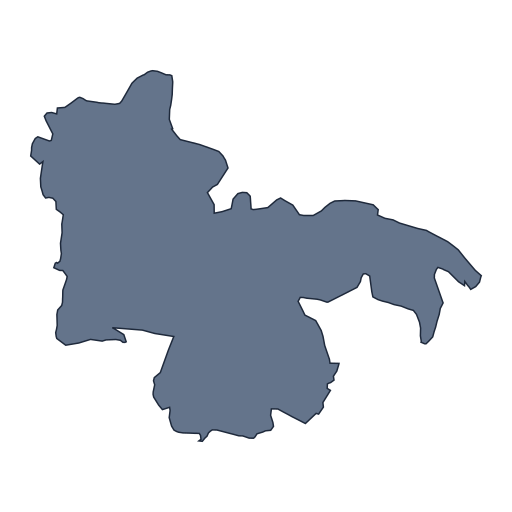 Birkat Al-Sab, Al Gharbiyah, Egypt (Albers equal-area conic projection)
{"feature_id": "37247803B30511282692114", "entity_name": "Birkat Al-Sab", "entity_type": "district", "adm_level": 2, "iso_a3": "EGY", "parent_name": "Egypt", "parent_adm1": "Al Gharbiyah", "projection": "albers", "projection_center": [31.097, 30.651], "detail": "fine", "context": "isolated", "style": "filled", "palette": "slate", "viewbox_px": 512, "rotation_deg": 0, "n_neighbors": 0, "source": "geoboundaries", "source_scale": "gbopen_adm2", "svg_char_len": 4272}
<svg xmlns="http://www.w3.org/2000/svg" viewBox="0 0 512 512"><path d="M373.2,204.8L355.6,200.9L345.3,200.5L344.3,200.5L343.2,200.6L334.7,201.0L330.1,203.3L325.4,207.0L324.7,207.6L321.4,210.9L317.3,213.2L313.2,215.5L303.7,215.5L299.4,214.7L292.8,205.1L285.1,200.8L284.3,200.3L280.6,198.0L276.7,199.9L267.8,207.6L258.4,209.0L256.3,209.3L253.2,209.6L251.1,208.9L250.8,204.3L250.6,201.8L250.4,198.5L250.2,196.2L249.2,195.1L246.8,192.7L244.1,192.5L242.3,192.4L237.9,193.6L233.1,199.1L232.1,204.3L231.2,208.7L222.6,211.5L221.4,211.8L214.2,213.2L214.1,204.6L207.4,192.6L210.9,188.9L212.5,187.1L217.4,184.4L228.0,168.0L225.9,161.5L225.5,160.2L224.0,157.8L223.0,156.0L218.8,151.5L213.3,149.4L199.5,144.5L180.2,139.6L176.8,135.8L171.6,129.1L172.7,128.7L169.3,119.4L169.7,109.4L170.7,105.4L171.6,99.4L172.2,94.5L172.4,88.6L172.7,82.8L172.7,81.6L171.8,75.7L169.9,74.9L166.0,74.8L163.2,73.6L161.3,72.8L158.2,71.6L157.4,71.3L152.6,70.7L150.9,71.0L147.6,72.2L144.1,74.8L143.2,75.0L141.3,76.0L137.2,78.1L133.9,81.3L132.9,82.3L131.9,83.3L130.1,86.5L124.9,95.6L121.7,101.1L119.6,103.4L114.9,104.3L105.2,103.3L103.6,103.1L101.5,103.0L98.6,102.7L97.0,102.3L90.6,101.4L87.0,100.9L85.9,100.5L83.0,98.6L79.8,97.3L78.3,97.7L77.4,98.3L72.1,102.3L70.9,103.2L64.9,107.4L57.4,108.0L56.7,113.9L51.6,112.5L47.0,113.0L44.3,116.2L46.1,120.8L52.8,133.9L51.3,140.4L49.4,141.0L37.8,136.8L35.4,138.4L35.2,138.6L32.4,143.7L31.6,147.6L31.6,150.2L30.7,156.0L39.6,164.1L42.9,161.6L41.5,170.8L40.4,178.4L40.8,186.8L42.0,190.7L43.1,194.7L45.6,198.0L48.9,197.4L52.8,198.2L55.9,201.5L56.3,209.3L60.1,212.0L63.3,214.7L62.2,221.9L61.8,224.1L62.1,232.8L61.3,238.0L60.5,243.2L60.7,247.1L60.9,250.3L61.4,253.6L60.6,258.8L59.9,261.3L57.5,263.2L56.6,262.5L55.3,263.2L54.4,265.9L53.8,267.7L59.6,270.4L62.8,270.5L65.3,273.8L67.2,276.5L66.5,279.7L62.9,290.0L62.8,291.8L62.7,297.1L62.6,298.6L62.5,302.3L61.7,305.5L57.7,310.0L56.9,314.5L57.2,325.5L56.5,329.4L55.7,332.6L56.2,336.5L56.8,338.5L59.6,340.6L65.7,345.2L78.8,343.0L87.9,340.2L90.5,339.4L102.2,341.1L106.1,339.9L115.9,339.5L120.4,340.3L122.9,342.3L124.9,342.4L126.2,341.8L123.8,334.6L114.9,329.1L112.3,327.7L142.4,330.1L154.8,333.5L158.7,334.1L173.8,336.5L168.4,350.1L160.3,372.6L154.3,377.6L153.5,380.8L154.7,384.8L153.2,391.9L153.1,394.4L153.7,397.1L158.6,405.0L162.4,409.6L169.6,407.3L170.1,410.5L169.2,417.6L171.1,424.4L171.6,426.1L174.0,430.1L176.6,431.5L178.5,432.2L183.0,432.9L190.2,433.1L194.7,433.3L196.7,433.3L198.0,433.4L199.3,433.4L200.5,435.4L201.0,439.3L198.9,440.9L202.3,441.3L202.9,440.6L204.9,438.1L207.0,436.2L208.4,433.0L209.0,432.4L210.4,431.1L212.3,429.9L216.9,430.0L231.0,433.7L233.0,434.2L238.8,435.8L242.7,435.9L249.1,438.1L253.6,438.2L255.0,436.9L257.0,433.8L262.9,432.0L265.5,430.8L270.7,430.3L273.5,426.4L272.9,422.5L270.6,415.3L271.4,408.9L274.0,408.9L277.9,409.0L283.0,411.8L288.1,414.5L291.9,416.6L305.4,423.5L316.1,413.4L318.6,414.1L323.4,407.1L322.9,402.5L330.4,390.4L327.2,388.4L327.4,383.9L328.7,383.2L330.6,382.6L334.0,380.1L333.4,376.2L336.8,371.1L338.7,364.7L339.0,363.4L330.0,363.2L329.4,359.2L327.6,354.0L324.7,345.5L323.0,336.4L321.2,330.5L315.7,320.6L304.9,315.1L303.0,311.1L298.1,301.3L299.5,298.8L300.2,297.4L303.5,297.5L306.7,298.2L317.0,299.2L320.3,299.9L326.7,302.1L328.0,302.1L357.0,287.4L360.4,281.6L361.2,277.7L363.3,273.9L365.8,273.7L369.7,276.0L371.8,291.7L372.9,296.9L378.0,299.6L381.3,300.7L382.5,301.1L388.3,302.5L394.1,304.6L401.2,306.1L405.2,307.7L408.2,308.9L413.4,310.4L416.5,314.4L419.5,322.2L420.6,328.1L420.4,335.9L421.3,341.4L421.0,342.2L424.7,343.8L426.0,343.8L428.6,341.3L432.7,336.9L434.1,331.7L435.6,327.2L437.0,321.4L439.2,314.4L439.5,312.7L440.3,308.4L441.3,306.5L443.1,302.9L442.6,301.6L434.3,277.9L434.4,276.3L434.4,274.5L436.1,270.1L436.5,269.2L437.9,267.4L442.7,269.0L443.6,269.6L448.5,271.7L458.6,281.8L460.0,282.7L464.5,285.7L464.7,283.0L464.8,281.5L467.9,285.7L468.6,286.4L470.2,288.6L470.7,289.4L475.7,286.6L479.5,282.1L480.9,276.6L481.3,275.7L475.3,270.4L471.1,265.5L464.9,258.2L460.1,252.2L458.3,249.9L453.9,246.4L447.7,241.7L439.9,237.6L437.3,236.3L432.0,233.5L428.8,231.8L426.4,230.4L417.8,228.5L408.7,225.8L400.7,223.4L399.6,223.1L393.9,220.3L393.1,219.9L384.9,218.3L380.9,216.5L377.5,215.0L378.2,209.6L377.4,208.9L373.2,204.8Z" fill="#64748b" stroke="#1e293b" stroke-width="1.5"/></svg>